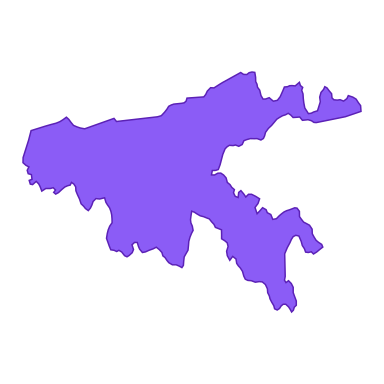 the district of Laje, Bahia, Brazil
{"feature_id": "56859067B62767322131452", "entity_name": "Laje", "entity_type": "district", "adm_level": 2, "iso_a3": "BRA", "parent_name": "Brazil", "parent_adm1": "Bahia", "projection": "equal_earth", "projection_center": [-39.307, -13.182], "detail": "fine", "context": "isolated", "style": "filled", "palette": "violet", "viewbox_px": 384, "rotation_deg": 0, "n_neighbors": 0, "source": "geoboundaries", "source_scale": "gbopen_adm2", "svg_char_len": 4381}
<svg xmlns="http://www.w3.org/2000/svg" viewBox="0 0 384 384"><path d="M23.1,157.6L23.0,162.7L25.9,165.3L28.9,166.9L27.2,170.3L28.2,173.7L31.4,174.6L32.0,179.3L29.2,180.4L30.3,184.1L32.6,184.6L36.2,181.4L38.7,183.9L40.1,186.6L41.8,191.1L45.8,188.5L50.3,188.5L53.2,187.7L55.5,190.0L53.7,192.4L55.7,194.1L58.5,192.6L61.7,189.6L64.8,187.0L67.7,185.7L70.2,185.1L71.5,182.4L73.8,184.0L75.7,186.9L75.9,190.8L77.4,194.5L79.5,199.0L81.1,203.8L83.7,206.3L85.4,208.5L88.3,210.6L90.4,208.1L91.9,205.0L93.1,201.5L95.9,198.6L99.6,199.0L104.6,197.8L105.9,202.3L107.3,204.6L109.6,207.9L110.9,211.3L111.7,214.9L112.0,218.7L112.1,222.7L109.7,226.2L108.2,229.9L107.3,233.4L106.5,238.3L107.9,242.2L109.2,245.9L110.8,249.8L114.1,250.3L116.7,251.5L118.9,250.3L121.7,252.0L124.6,255.7L127.0,256.8L129.1,255.5L132.2,252.7L133.5,249.5L132.0,244.8L134.6,242.4L137.3,242.5L138.4,246.3L139.6,249.1L142.4,252.5L145.5,251.9L149.0,250.3L153.2,248.8L156.3,247.2L159.4,249.7L161.9,252.5L162.9,255.9L165.0,257.5L167.0,260.5L168.8,262.7L172.4,264.8L176.2,264.8L179.4,266.2L181.9,267.6L183.4,265.4L183.7,261.2L184.2,256.9L185.7,254.2L188.0,250.2L188.5,245.3L188.8,241.4L190.0,237.1L191.6,233.2L193.1,230.4L192.3,226.1L190.9,222.9L190.5,219.7L190.9,216.4L191.7,211.2L194.4,212.2L196.6,213.7L200.2,215.8L203.7,216.7L206.6,217.9L209.3,218.9L211.6,221.8L214.0,224.4L215.4,227.4L218.5,228.6L221.5,229.8L221.6,234.4L221.6,238.8L224.7,240.7L227.2,242.8L228.1,246.5L226.6,251.2L227.3,255.7L229.8,260.3L232.7,256.4L236.0,259.0L236.7,263.4L238.4,265.9L240.2,267.8L242.5,271.4L243.8,276.1L245.3,279.2L247.8,280.4L251.3,280.7L255.3,282.2L259.2,281.6L262.3,281.9L265.4,284.5L267.4,288.8L267.7,292.7L269.3,295.9L270.0,298.8L271.6,302.0L273.8,305.7L274.6,308.8L277.2,310.0L279.5,308.5L281.1,306.0L283.1,304.3L285.7,304.2L288.6,306.9L290.2,309.4L291.6,312.0L293.4,310.2L294.3,307.2L296.3,305.3L296.3,301.0L294.6,296.5L293.2,292.6L293.2,287.3L291.3,283.5L288.5,280.7L286.0,282.6L284.5,280.2L285.2,276.4L284.7,253.8L287.3,247.6L289.9,242.8L291.4,239.4L293.2,236.6L295.8,235.3L298.9,236.0L301.2,241.4L302.3,245.5L304.4,248.7L305.6,252.1L308.2,252.5L311.3,251.8L313.5,254.0L316.7,252.0L319.7,249.5L322.8,247.1L321.7,244.4L318.6,242.4L316.1,240.3L314.1,237.1L312.3,233.8L312.1,229.1L309.5,225.2L306.7,223.7L303.6,222.1L301.2,219.0L299.5,216.6L299.4,211.3L297.0,208.1L294.7,207.8L291.9,208.9L289.5,209.8L286.6,210.7L284.1,211.9L281.7,213.7L279.2,215.8L276.4,218.7L272.8,219.4L270.8,214.5L267.3,212.7L266.1,209.7L262.6,207.7L259.9,210.8L257.1,213.7L256.0,210.4L255.0,207.5L258.0,203.5L259.6,198.8L255.6,196.3L251.6,194.3L248.5,194.3L245.8,197.0L243.7,193.9L240.9,190.6L238.7,192.4L238.1,197.5L235.2,196.3L233.5,192.8L234.4,189.6L231.8,187.4L230.0,184.6L227.3,182.4L226.1,177.9L223.6,175.0L220.8,173.1L217.8,173.2L214.5,175.0L211.5,174.9L212.3,170.5L215.6,170.4L218.3,169.5L220.1,164.7L222.8,154.4L225.1,148.8L227.2,146.7L229.4,145.3L233.1,145.6L235.5,145.0L238.8,146.3L242.2,144.5L243.9,140.7L246.7,139.6L250.4,138.6L254.2,138.7L257.1,138.6L260.9,140.0L263.4,138.5L264.6,135.9L265.5,132.4L268.4,128.4L271.6,125.4L274.3,122.2L276.8,119.2L279.4,117.5L282.6,115.7L285.5,114.8L288.2,113.3L290.7,115.0L293.1,117.5L296.4,117.3L299.7,117.0L302.4,120.3L305.4,120.0L308.0,119.7L311.4,120.7L313.9,122.4L316.2,122.6L345.4,116.7L361.0,111.4L360.6,105.6L358.4,102.7L356.1,99.1L352.8,97.1L348.3,95.6L346.9,98.6L343.6,101.1L340.1,99.7L337.4,100.1L333.9,99.8L332.0,97.9L331.6,93.7L329.0,90.6L327.0,87.9L324.8,86.7L323.6,89.4L321.0,92.4L319.7,97.1L320.3,101.8L319.0,106.0L317.5,110.8L313.6,112.0L311.3,113.2L308.4,113.6L306.9,111.2L304.8,108.0L303.8,102.8L303.3,98.6L303.0,93.9L301.7,90.2L302.7,87.4L300.4,85.5L299.4,82.3L295.2,85.9L292.1,85.6L289.7,85.7L287.5,86.7L284.4,87.0L282.7,91.1L280.2,96.7L277.4,100.3L273.4,101.2L271.4,99.6L269.2,97.7L265.6,99.0L263.1,99.1L261.0,95.6L259.7,90.2L257.5,87.2L257.0,84.2L255.7,81.6L255.6,77.3L254.8,72.4L252.0,72.0L249.1,72.7L246.9,74.5L243.6,74.4L240.7,72.5L222.6,82.5L219.8,84.2L214.0,87.9L210.6,87.7L207.3,91.1L205.7,94.5L203.8,96.9L187.0,98.1L186.1,101.1L184.2,102.8L181.7,103.3L173.8,104.1L171.2,105.0L168.7,106.3L167.0,109.1L164.6,112.2L161.3,115.7L157.5,116.8L116.5,121.5L114.0,118.4L84.7,128.8L80.3,128.0L77.0,126.9L73.5,125.4L71.0,122.4L68.8,119.4L66.4,117.2L63.0,119.7L59.8,121.7L56.1,123.2L51.1,124.5L45.2,126.2L31.1,130.6L28.6,140.2L23.1,157.6Z" fill="#8b5cf6" stroke="#5b21b6" stroke-width="1.5"/></svg>